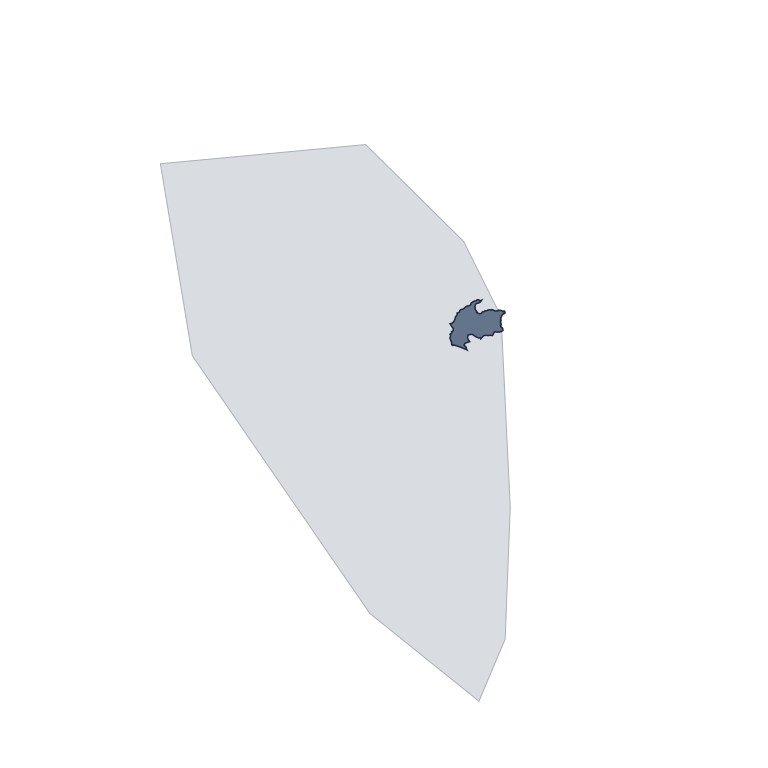 location of Anse La Verdue, Anse-la-Raye, Saint Lucia, rotated 143°
{"feature_id": "8701671B11621920628841", "entity_name": "Anse La Verdue", "entity_type": "district", "adm_level": 2, "iso_a3": "LCA", "parent_name": "Saint Lucia", "parent_adm1": "Anse-la-Raye", "projection": "orthographic", "projection_center": [-61.06, 13.91], "detail": "fine", "context": "in_parent", "style": "filled", "palette": "slate", "viewbox_px": 768, "rotation_deg": 143, "n_neighbors": 0, "source": "geoboundaries", "source_scale": "gbopen_adm2", "svg_char_len": 4168}
<svg xmlns="http://www.w3.org/2000/svg" viewBox="0 0 768 768"><g transform="rotate(143 384 384)"><path d="M520.1,521.9L430.0,694.5L254.6,586.3L234.6,450.0L249.9,367.4L357.2,209.8L440.7,107.4L499.1,73.5L533.4,209.3L520.1,521.9Z" fill="#d9dde1" stroke="#a8b0b8" stroke-width="1"/><path d="M297.2,361.3L296.9,363.2L296.3,363.7L296.6,367.0L295.0,367.7L292.4,367.1L291.0,366.5L290.1,366.2L289.9,369.2L289.5,370.5L287.5,372.5L284.5,371.2L283.6,370.5L282.8,368.1L282.0,366.0L280.7,363.9L279.5,363.0L279.7,361.8L275.3,362.6L273.0,361.4L271.8,360.0L269.9,359.1L268.3,357.4L264.2,359.2L262.7,357.7L261.1,356.4L260.8,356.0L259.7,355.9L258.9,355.3L256.7,355.2L256.7,355.3L256.7,355.6L256.6,355.8L256.4,356.0L256.2,356.2L256.1,356.3L255.9,356.6L255.9,356.9L255.7,357.1L255.7,357.3L255.7,357.6L255.8,357.7L255.9,357.8L256.0,358.1L256.1,358.3L256.1,358.5L256.2,359.0L256.3,359.2L256.3,359.3L256.2,359.7L256.0,359.9L255.9,360.1L255.9,360.3L255.6,360.6L255.4,360.9L255.3,361.0L255.1,361.1L254.9,361.1L254.8,360.8L254.7,360.8L254.6,361.0L254.5,361.3L254.6,361.5L254.4,361.8L254.3,362.0L254.2,362.2L254.2,362.3L254.2,362.5L254.3,362.5L254.2,362.8L254.2,363.0L253.9,363.3L253.8,363.5L253.4,363.8L253.1,364.0L252.8,364.2L252.7,364.3L252.4,364.3L252.4,364.5L252.2,364.7L252.0,365.0L252.0,365.4L252.0,365.5L251.9,365.6L251.8,365.8L251.5,366.0L251.4,366.0L251.3,366.3L251.2,366.4L251.0,366.6L250.9,366.6L250.7,366.7L250.5,366.8L250.4,366.9L250.0,367.0L249.4,367.3L249.0,367.5L248.9,367.7L248.7,367.8L248.4,367.8L248.2,368.0L247.7,368.1L247.4,368.1L247.1,368.1L246.9,368.2L246.8,368.3L246.6,368.3L246.4,368.4L246.2,368.4L245.9,368.2L245.8,367.9L245.7,367.9L245.4,367.8L245.2,367.8L244.9,367.8L244.7,367.8L244.5,368.0L244.4,368.2L244.4,368.3L244.5,368.4L244.5,368.5L244.7,368.9L244.6,369.0L244.7,369.3L244.5,369.2L244.5,369.3L244.4,369.3L244.5,369.5L244.4,369.6L244.2,369.7L243.9,369.7L243.9,369.8L244.0,369.9L244.3,369.9L244.4,370.0L244.5,370.0L244.7,370.3L244.8,370.3L244.9,370.5L245.0,370.5L245.4,370.7L245.5,370.8L245.6,371.0L245.8,371.3L245.9,371.7L245.9,371.9L246.0,372.0L246.3,372.3L246.4,372.5L246.6,372.7L246.7,372.8L246.8,372.9L247.0,373.0L247.3,373.2L247.4,373.3L247.5,373.5L247.8,373.6L248.0,373.9L248.0,374.0L248.3,374.0L248.5,374.0L249.1,374.0L249.4,374.1L249.5,374.1L249.6,374.3L249.8,374.4L250.1,374.5L250.3,374.6L250.5,374.9L250.8,375.1L251.0,375.3L251.4,375.5L251.5,375.6L251.6,375.8L251.7,376.2L251.9,376.6L252.2,377.1L252.3,377.3L252.3,377.5L252.5,377.8L252.7,378.0L252.8,378.1L253.1,378.2L253.4,378.3L253.5,378.3L253.7,378.6L253.7,378.8L253.8,378.8L254.1,378.9L254.3,379.0L254.6,379.4L254.7,379.5L255.1,379.7L255.2,379.8L255.4,379.9L255.6,380.0L255.9,380.2L256.1,380.4L256.4,380.5L257.4,380.6L257.6,380.7L257.9,380.8L258.1,380.9L258.6,381.1L258.8,381.3L259.0,381.5L259.4,381.6L259.6,381.7L259.8,381.7L260.0,381.6L260.4,381.6L260.6,381.6L260.8,381.7L261.0,381.8L261.5,382.0L262.0,382.3L262.5,382.3L263.1,382.0L263.7,381.8L264.0,381.9L264.6,382.1L265.2,382.5L265.5,382.8L266.1,383.5L266.4,384.3L266.5,384.6L266.7,385.0L266.8,385.2L266.9,385.4L266.9,385.6L266.4,385.6L266.4,386.0L266.2,386.9L266.3,387.7L266.3,388.0L266.3,388.6L266.0,389.2L265.8,389.7L265.5,389.8L265.1,390.2L264.8,390.9L264.7,391.2L264.4,391.3L264.0,391.7L263.6,392.1L263.2,392.4L262.1,392.6L261.4,392.6L260.8,392.3L260.2,391.9L259.6,391.7L258.6,391.6L257.8,391.5L257.5,391.5L257.2,391.7L256.9,391.8L256.5,391.9L256.2,391.9L255.6,392.2L256.4,392.3L257.3,392.9L257.5,393.6L257.7,394.2L258.3,394.9L258.9,395.2L260.4,395.1L261.6,395.7L263.8,396.2L265.1,396.1L265.3,396.3L265.7,396.2L266.9,395.2L269.1,395.3L270.8,396.3L272.0,396.5L274.2,396.2L275.9,396.3L277.3,396.9L278.0,397.3L279.4,396.9L280.7,396.1L281.5,396.1L282.5,396.4L282.9,396.7L283.6,395.7L284.3,395.2L286.8,394.4L287.8,393.4L290.3,392.0L293.0,391.5L295.0,392.4L295.3,389.5L295.3,386.8L296.5,385.1L297.6,384.8L298.5,385.2L299.1,384.1L301.3,384.0L301.3,383.0L303.0,381.5L303.8,380.8L304.6,378.2L305.0,376.5L305.9,375.3L306.3,374.3L305.9,373.4L305.5,373.3L305.3,373.2L305.1,373.5L302.3,369.8L301.4,368.3L300.8,367.4L300.2,366.4L299.4,365.2L298.7,363.8L298.0,362.7L297.4,361.7L297.2,361.3Z" fill="#64748b" stroke="#1e293b" stroke-width="1.5"/></g></svg>